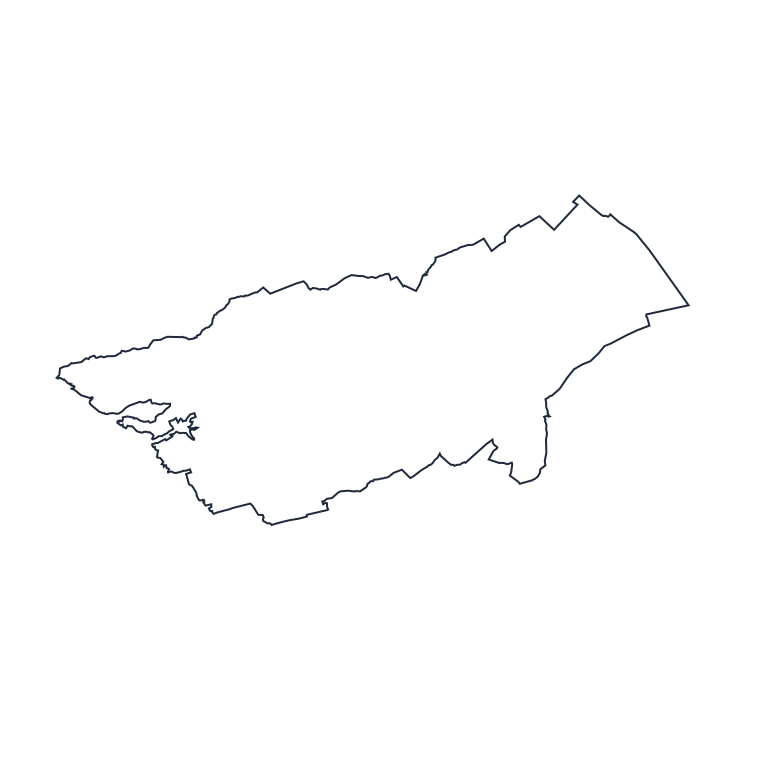 outline of Naeni, Buzau, Romania, rotated 255°
{"feature_id": "2599482B87929584862181", "entity_name": "Naeni", "entity_type": "district", "adm_level": 2, "iso_a3": "ROU", "parent_name": "Romania", "parent_adm1": "Buzau", "projection": "orthographic", "projection_center": [26.48, 45.099], "detail": "fine", "context": "isolated", "style": "outline", "palette": "slate", "viewbox_px": 768, "rotation_deg": 255, "n_neighbors": 0, "source": "geoboundaries", "source_scale": "gbopen_adm2", "svg_char_len": 6132}
<svg xmlns="http://www.w3.org/2000/svg" viewBox="0 0 768 768"><g transform="rotate(255 384 384)"><path d="M511.0,613.8L507.2,617.3L488.9,588.2L505.9,577.5L500.6,557.5L500.4,556.6L502.9,555.4L499.8,545.6L495.2,538.8L490.1,537.7L488.8,532.2L484.6,522.4L498.6,518.0L495.5,506.4L496.0,502.6L496.5,501.8L496.2,492.7L495.0,489.4L495.1,485.9L494.2,483.1L494.3,481.0L493.4,476.4L492.7,466.4L490.8,466.1L489.1,465.0L486.7,462.2L486.4,460.7L485.1,459.6L482.9,456.3L480.8,455.0L481.0,453.8L478.5,453.7L478.3,452.1L479.6,451.5L478.5,450.4L478.8,449.8L471.0,444.3L465.6,439.0L473.8,429.2L473.2,427.9L484.0,424.1L483.0,417.6L487.1,417.6L489.3,416.9L489.8,413.6L489.3,410.9L489.6,407.8L488.8,405.6L488.6,403.2L490.5,400.2L490.7,395.9L493.5,392.0L495.1,387.0L497.6,380.8L496.4,373.5L492.5,363.5L491.3,356.6L489.8,354.2L491.8,349.2L492.0,347.8L491.6,346.9L493.9,343.2L495.2,340.2L494.2,337.3L496.0,336.0L500.1,335.2L504.0,332.9L503.8,325.4L500.7,297.5L508.5,292.3L505.3,285.2L505.7,284.1L505.6,281.3L504.7,275.2L505.4,272.5L504.7,271.8L505.9,268.1L505.7,266.7L506.1,264.9L505.7,263.1L506.0,257.8L505.6,256.7L504.3,256.4L501.9,254.4L500.5,251.6L499.0,250.4L497.6,247.3L497.1,244.5L495.8,241.0L494.6,240.0L494.7,238.8L494.0,237.4L492.1,236.5L491.1,235.3L486.7,233.6L484.3,229.7L484.2,226.3L482.6,222.1L479.5,219.2L479.1,215.7L477.6,215.2L477.3,214.5L477.9,213.0L477.1,212.3L477.6,207.1L480.3,204.3L480.6,202.8L481.7,201.7L481.8,200.1L485.6,187.2L485.4,183.6L484.5,179.9L485.9,172.5L482.5,168.1L480.4,166.3L480.0,164.8L481.0,161.7L480.9,157.0L481.3,154.5L482.4,153.4L483.3,150.5L482.2,147.3L482.2,142.8L484.0,139.3L482.1,137.7L482.0,136.0L480.8,132.4L480.8,130.3L482.5,123.9L482.2,121.3L482.6,119.6L483.9,118.1L483.6,113.4L484.1,112.3L486.2,111.6L486.4,110.5L486.0,106.7L484.5,105.1L486.0,102.9L483.5,97.1L484.6,87.8L485.0,87.6L483.2,83.4L483.6,79.3L482.9,75.1L476.8,72.7L474.7,69.4L473.6,70.4L473.9,72.5L471.0,75.6L471.2,76.2L466.2,79.1L465.7,80.7L464.9,81.8L464.4,80.9L463.9,81.2L462.2,84.1L461.5,84.3L460.5,83.3L460.4,80.9L460.1,81.0L459.3,82.6L457.2,84.5L451.6,88.4L446.5,96.4L446.8,98.6L445.9,99.0L445.5,98.6L444.3,97.1L444.4,96.1L443.9,95.6L441.9,94.8L439.9,95.4L431.0,101.7L428.3,105.4L428.3,106.2L427.2,107.2L426.4,109.2L426.7,110.3L426.1,114.5L424.2,118.6L424.1,120.1L425.4,124.1L427.6,128.0L429.0,132.1L430.0,143.6L428.5,146.1L428.3,149.2L429.3,152.7L429.2,154.6L426.3,154.6L425.2,155.2L424.8,157.6L422.1,162.4L422.2,166.2L421.1,168.8L420.3,172.3L418.1,171.6L415.7,166.1L413.3,162.8L412.9,162.0L413.0,158.9L411.4,155.1L408.1,153.9L407.5,153.2L407.0,148.6L407.5,147.7L409.1,146.8L409.2,144.3L409.7,142.2L412.0,138.7L414.9,136.2L415.4,133.4L416.2,133.6L419.1,127.8L419.4,123.1L416.7,122.3L415.6,121.3L417.1,119.7L416.2,118.8L417.1,118.1L417.0,117.0L415.4,116.4L412.2,119.1L412.4,121.1L410.4,120.7L408.0,123.4L410.1,125.5L408.6,128.2L408.3,129.9L402.5,132.9L401.1,134.8L399.5,137.9L400.0,140.0L399.5,140.8L399.5,142.1L398.2,143.8L398.1,145.2L395.1,147.5L393.7,148.0L391.0,145.8L390.3,146.5L390.9,150.3L391.9,152.8L391.2,156.0L392.4,159.8L392.4,161.5L393.8,164.0L394.9,168.7L397.5,168.5L399.9,167.1L403.5,166.9L403.8,171.5L404.9,174.2L400.1,175.1L403.2,178.6L401.7,179.7L399.9,180.0L400.1,181.7L399.7,183.1L401.7,184.6L404.7,188.8L404.9,193.3L401.0,193.7L400.4,188.5L398.0,186.9L397.2,187.4L397.0,189.3L396.1,188.8L394.6,187.8L393.2,185.4L393.2,184.0L392.0,184.5L391.3,185.5L390.7,188.5L390.7,191.2L390.0,192.7L388.9,189.7L388.9,188.5L389.6,187.5L389.6,184.6L388.2,184.2L384.3,184.7L380.2,186.6L379.3,186.0L380.1,184.5L384.3,181.5L387.8,180.2L389.1,176.3L389.2,174.3L391.6,171.0L389.4,166.6L390.5,166.1L390.3,164.4L388.0,165.7L385.9,159.1L387.4,158.4L385.5,149.8L386.0,148.9L385.8,144.5L385.1,144.2L382.7,144.8L382.6,146.5L380.4,146.1L378.9,147.2L378.2,148.6L372.4,145.8L371.6,146.1L370.5,148.7L366.1,150.7L364.1,148.5L363.3,150.2L361.2,149.9L362.1,151.7L361.9,152.5L359.1,152.2L358.1,153.9L357.3,154.3L355.1,152.5L354.4,152.6L354.7,155.6L352.3,158.7L351.9,160.1L351.8,164.9L352.1,167.9L351.5,170.6L351.8,174.4L348.6,174.8L348.3,169.6L337.6,169.7L335.4,172.1L333.3,172.9L328.6,174.3L325.6,174.5L324.6,174.1L319.6,175.3L318.7,177.8L319.1,179.2L318.3,180.2L316.9,180.1L316.6,178.9L312.8,180.1L312.5,186.0L309.8,185.4L309.3,183.1L308.8,182.6L306.1,183.4L305.8,185.2L304.2,185.0L302.7,185.8L303.1,190.9L303.0,202.0L303.4,206.3L303.1,224.0L299.7,225.8L290.6,228.6L289.9,229.3L288.9,232.9L286.2,233.3L285.1,232.2L282.9,231.9L279.5,235.5L279.3,236.9L278.4,238.3L277.0,238.9L277.1,249.9L276.9,257.3L276.0,266.7L275.9,275.2L277.5,275.4L277.6,276.8L276.9,297.0L277.2,297.6L279.8,297.2L283.7,298.0L284.3,296.6L283.6,294.1L286.5,294.0L286.5,296.2L287.8,299.0L287.4,304.4L291.0,311.7L291.6,313.9L290.2,322.0L287.9,327.3L287.8,329.3L286.5,333.1L288.8,339.8L289.7,341.1L291.9,342.3L292.3,344.0L293.2,345.1L293.5,346.2L292.9,348.3L294.2,349.3L293.3,354.4L293.5,356.2L293.1,357.8L293.0,363.0L293.3,364.8L295.7,370.3L296.6,379.1L286.4,385.0L287.3,388.8L291.2,398.1L292.9,404.2L293.9,406.2L293.9,408.1L295.1,410.7L297.3,413.1L298.9,416.6L302.3,419.9L299.7,420.4L291.8,425.4L288.5,428.0L288.0,430.1L286.8,430.7L287.0,433.9L286.4,436.3L287.2,438.4L287.7,441.5L286.8,442.3L299.6,467.6L302.2,474.4L299.0,473.9L296.8,474.6L293.5,477.1L292.3,476.1L291.7,474.0L290.7,472.1L284.0,465.6L277.7,475.1L277.7,476.4L276.5,479.6L274.7,482.1L274.6,484.3L275.1,486.3L274.9,487.1L273.1,487.0L266.1,484.1L262.9,481.9L254.8,488.4L252.5,489.3L252.6,501.5L253.3,505.2L254.7,508.4L257.4,511.3L261.2,513.0L263.6,518.8L268.1,519.4L275.5,523.0L288.4,526.1L293.9,528.6L298.8,529.0L302.2,530.3L306.9,530.0L308.0,530.8L310.9,530.2L311.0,533.3L309.7,534.9L309.8,535.6L310.8,534.6L311.9,535.1L313.1,534.4L315.2,535.1L319.4,534.7L324.7,535.9L327.5,536.0L328.4,539.3L329.3,540.7L329.3,543.2L333.8,552.3L342.6,562.5L349.0,571.2L351.6,580.7L352.6,589.2L358.0,599.1L363.5,606.7L364.4,613.7L368.4,631.3L370.5,643.7L371.7,655.5L380.0,655.4L381.9,654.8L383.3,655.5L381.2,698.6L444.3,675.1L463.3,666.6L466.1,664.7L479.5,652.9L489.3,646.5L488.0,645.1L487.6,643.8L489.2,641.2L489.4,639.4L491.4,637.4L503.7,628.7L515.1,621.6L515.5,621.3L511.0,613.8Z" fill="none" stroke="#1e293b" stroke-width="2"/></g></svg>